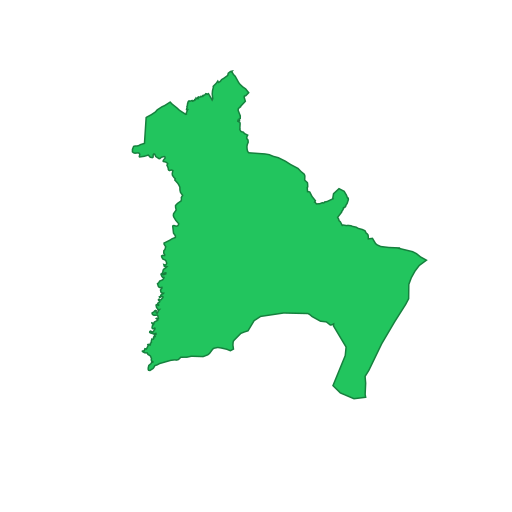 Kyela, Mbeya, United Republic of Tanzania (orthographic projection), rotated 62°
{"feature_id": "72390352B41643980878870", "entity_name": "Kyela", "entity_type": "district", "adm_level": 2, "iso_a3": "TZA", "parent_name": "United Republic of Tanzania", "parent_adm1": "Mbeya", "projection": "orthographic", "projection_center": [33.836, -9.544], "detail": "fine", "context": "isolated", "style": "filled", "palette": "green", "viewbox_px": 512, "rotation_deg": 62, "n_neighbors": 0, "source": "geoboundaries", "source_scale": "gbopen_adm2", "svg_char_len": 6081}
<svg xmlns="http://www.w3.org/2000/svg" viewBox="0 0 512 512"><g transform="rotate(62 256 256)"><path d="M432.2,225.5L429.4,224.6L419.8,218.9L413.5,216.2L409.9,210.0L392.4,186.1L379.0,164.2L369.0,146.6L365.4,141.3L352.8,134.4L348.1,129.1L343.9,122.6L341.0,116.3L339.7,107.5L334.0,111.2L329.3,113.2L325.7,115.7L316.2,126.4L316.0,126.0L310.8,134.8L306.2,141.4L303.1,143.8L301.1,144.6L295.1,144.9L293.6,148.8L291.3,147.6L289.8,147.2L288.4,147.5L287.5,148.0L285.0,147.9L284.5,148.2L282.6,149.6L279.5,152.9L277.6,154.0L275.0,157.1L273.9,157.9L272.1,160.5L271.8,161.6L269.5,164.6L269.5,165.5L265.4,165.5L263.7,166.1L262.4,165.7L260.2,165.8L257.5,159.8L256.8,159.4L256.6,158.6L255.5,156.9L254.7,156.4L254.4,156.0L254.8,155.2L254.4,153.7L254.0,153.7L252.3,150.8L249.6,148.0L248.2,147.4L247.8,148.0L244.7,147.6L240.3,147.8L235.5,151.1L237.4,158.3L241.2,161.2L241.6,161.1L241.3,167.6L240.5,170.1L240.9,170.7L240.8,171.7L240.1,172.4L239.8,175.1L238.4,178.2L236.2,178.6L235.9,178.9L235.1,177.6L229.7,178.6L224.8,178.5L224.0,179.2L223.4,180.3L219.5,178.6L219.3,177.9L216.6,176.6L215.4,176.2L211.9,177.4L208.3,175.3L206.5,175.0L202.4,176.7L198.4,177.8L191.5,182.5L186.0,185.6L179.6,190.2L176.2,193.9L172.7,196.8L170.1,200.2L161.5,213.9L159.8,214.3L157.7,213.8L155.2,212.7L153.6,211.5L151.9,209.5L149.8,208.6L148.0,209.0L146.5,208.2L145.4,206.6L142.5,208.7L140.8,209.0L139.1,210.8L136.7,211.0L136.3,210.4L135.8,210.4L131.7,207.9L130.4,207.5L128.5,208.8L128.0,208.4L128.8,208.1L128.7,207.2L128.5,206.8L127.9,206.6L127.2,206.8L127.1,205.3L124.9,204.1L118.9,203.4L117.5,202.3L117.0,199.6L116.7,199.6L114.4,192.8L110.2,191.9L109.3,191.1L109.7,189.9L108.4,185.8L103.6,186.7L100.3,188.4L96.6,189.6L94.6,189.9L87.5,190.0L85.2,190.7L82.9,190.8L82.1,191.2L81.6,190.2L81.1,191.9L81.6,194.7L83.3,196.2L84.0,201.2L84.1,203.6L85.0,205.4L85.2,206.7L85.2,207.6L83.6,207.6L84.8,209.9L86.1,214.1L87.2,214.6L89.5,216.7L92.4,218.6L96.8,220.3L97.7,221.5L90.3,221.8L90.3,223.3L89.8,223.3L89.1,224.1L89.7,225.4L89.8,226.9L89.3,227.2L89.5,227.9L90.1,228.2L89.2,229.7L89.6,230.0L89.1,231.6L88.6,232.0L89.1,232.8L88.7,233.0L88.9,233.4L89.8,233.3L89.2,234.5L88.4,234.8L89.1,235.4L89.0,236.6L89.8,236.8L89.8,237.1L89.5,238.4L89.7,239.2L89.5,239.4L88.7,239.4L88.3,241.9L87.6,242.2L87.6,242.8L88.3,244.0L89.0,244.3L89.6,245.2L90.7,245.7L91.5,246.8L92.2,246.9L93.8,248.4L94.5,247.6L94.7,248.5L95.3,248.3L97.0,250.4L98.1,250.8L97.9,251.6L91.4,255.2L88.4,256.2L82.4,258.8L79.8,259.5L80.3,266.0L80.1,268.9L80.6,274.6L81.6,277.2L82.1,282.1L82.1,287.4L82.2,288.0L104.2,301.6L103.4,305.8L103.5,307.5L103.1,309.2L102.1,311.2L101.8,312.6L103.8,315.0L106.0,316.2L107.3,315.7L108.4,314.6L109.6,311.6L110.7,310.8L111.7,310.9L113.5,312.4L113.9,312.3L115.5,307.9L116.3,303.7L119.2,303.0L120.5,301.3L120.4,300.5L118.3,299.2L117.9,298.3L118.4,297.7L121.1,297.8L124.6,295.9L124.9,295.2L124.4,293.2L125.0,290.5L125.7,289.9L126.9,290.3L127.9,292.7L128.6,293.5L129.1,293.4L130.6,291.6L131.9,290.9L133.1,290.6L134.0,292.0L136.1,292.1L137.7,292.4L138.1,292.7L139.1,292.8L140.0,292.2L140.3,290.4L141.5,289.3L144.1,291.4L145.6,291.9L148.5,291.5L149.8,291.0L150.8,292.0L155.2,290.9L157.1,290.8L159.5,290.9L161.9,292.1L164.4,292.8L168.0,292.3L169.3,294.5L170.9,295.2L172.2,296.3L172.7,300.6L173.6,303.3L175.1,304.1L177.9,304.9L180.0,309.0L181.5,310.0L182.8,310.3L186.7,310.1L191.2,309.1L192.1,309.9L192.6,310.9L192.3,312.4L190.6,314.1L190.3,314.9L190.5,315.5L197.1,318.1L200.3,317.7L201.8,318.5L201.4,322.0L201.6,325.0L201.4,331.1L202.4,331.6L205.4,331.4L207.5,333.3L208.1,334.9L210.1,336.1L212.1,336.0L212.7,336.5L211.6,338.1L211.6,339.3L212.4,339.7L214.9,339.7L216.9,338.1L218.0,337.8L220.5,338.2L221.4,339.5L221.3,340.5L220.3,341.4L222.2,341.8L223.6,339.7L224.2,341.8L224.3,343.7L225.0,344.8L225.7,345.1L227.0,346.6L227.7,346.7L228.3,346.1L228.1,344.1L228.7,343.5L229.5,344.1L229.1,346.5L227.3,347.8L227.3,348.2L227.6,348.5L229.7,348.7L230.9,348.5L231.7,347.3L232.1,347.5L233.2,349.6L232.9,352.9L233.9,354.3L234.2,356.0L237.1,356.5L238.1,356.2L239.0,355.4L239.5,353.8L240.2,354.1L241.2,356.3L243.3,356.9L244.5,356.4L245.5,355.0L245.7,355.4L245.5,356.4L245.8,358.4L246.8,359.0L246.7,360.5L247.5,360.5L247.4,358.5L247.6,357.7L248.4,357.3L249.0,357.7L250.1,360.6L249.7,361.3L248.6,362.1L248.6,362.5L249.2,362.8L251.1,362.4L251.5,363.0L251.5,364.7L252.0,365.3L253.5,364.9L253.9,365.2L253.6,365.7L252.6,366.1L252.3,366.6L252.4,367.3L254.8,368.0L255.3,368.0L255.8,367.6L257.6,367.8L258.0,366.5L258.8,368.5L259.7,369.2L260.1,370.0L259.6,370.6L258.8,370.6L257.4,369.8L256.9,370.2L256.9,371.2L257.5,372.7L257.4,374.3L258.1,374.8L259.1,374.8L260.5,373.9L261.9,370.8L262.6,370.7L265.3,371.5L265.2,372.1L264.3,373.0L264.3,373.4L266.4,372.7L266.6,373.4L266.6,376.7L266.9,377.3L268.0,378.1L267.9,378.4L266.7,378.8L266.2,379.3L266.8,379.5L267.8,379.0L268.5,379.2L269.0,380.3L270.7,381.6L272.0,381.1L272.1,379.2L272.6,379.2L273.5,380.1L274.7,382.7L274.5,383.1L272.8,384.3L272.8,385.2L273.5,385.7L274.3,385.4L276.8,382.9L277.3,380.7L278.0,380.9L278.3,381.2L278.0,382.8L278.8,383.0L279.7,382.8L279.9,383.2L279.4,384.3L279.9,384.8L280.8,385.0L281.2,385.8L280.4,386.9L282.1,388.5L283.2,388.9L283.5,390.4L284.6,390.8L285.0,391.4L283.5,392.5L283.4,393.1L284.5,393.3L286.7,396.4L285.7,397.6L287.2,399.2L286.6,400.9L286.9,401.1L287.6,400.8L289.2,399.7L290.5,397.6L292.2,397.6L294.5,396.2L297.5,396.4L298.4,397.2L299.4,397.5L301.0,396.7L301.4,397.1L300.8,398.0L301.7,399.1L302.3,402.0L304.2,403.7L305.5,404.4L306.4,404.5L307.3,403.4L307.0,399.8L306.5,398.6L305.3,396.8L305.7,394.5L305.7,391.6L308.1,380.3L309.5,376.6L310.6,375.0L311.0,373.1L310.1,369.9L312.9,364.5L314.2,360.0L320.0,349.9L320.6,345.0L320.2,342.8L317.9,337.9L317.7,336.4L318.8,332.7L320.8,330.0L324.7,325.5L327.6,323.1L327.6,322.7L327.6,319.6L323.8,318.2L321.4,316.7L320.5,315.8L320.1,314.9L317.2,305.7L317.6,301.9L318.3,298.2L312.2,288.0L311.5,280.3L319.3,258.3L331.2,237.1L333.2,235.9L335.8,234.9L343.8,229.7L347.2,224.8L351.8,222.8L352.3,221.6L352.4,219.3L354.1,220.4L378.7,219.2L385.9,224.0L406.6,248.9L416.5,245.8L428.0,236.5L432.2,225.5Z" fill="#22c55e" stroke="#15803d" stroke-width="1.5"/></g></svg>